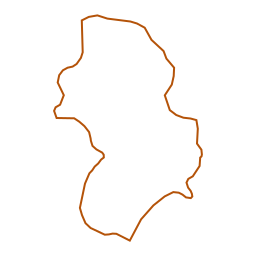 the Municipality of Trebnje, rotated 90°
{"feature_id": "SVN-999", "entity_name": "Trebnje", "entity_type": "Municipality", "adm_level": 1, "iso_a3": "SVN", "parent_name": "Slovenia", "parent_adm1": "", "projection": "orthographic", "projection_center": [15.067, 45.922], "detail": "fine", "context": "isolated", "style": "outline", "palette": "amber", "viewbox_px": 256, "rotation_deg": 90, "n_neighbors": 0, "source": "natural_earth", "source_scale": "10m", "svg_char_len": 1083}
<svg xmlns="http://www.w3.org/2000/svg" viewBox="0 0 256 256"><g transform="rotate(90 128 128)"><path d="M183.6,171.0L173.3,166.6L170.4,163.8L166.6,161.3L163.5,157.8L159.6,154.9L157.5,152.2L154.7,152.3L152.6,153.8L149.4,159.6L145.9,163.5L140.8,165.1L138.4,165.4L132.1,166.9L126.1,171.6L121.7,176.7L118.3,181.8L118.0,199.4L110.9,201.9L107.3,200.4L104.7,195.9L95.2,192.2L82.5,198.3L75.2,196.8L70.3,193.1L67.7,188.4L66.6,183.4L64.0,179.4L57.9,175.1L52.3,173.3L20.4,174.2L16.9,167.2L15.4,158.6L18.6,148.6L21.5,125.6L23.5,119.0L27.7,111.3L39.9,104.5L51.1,92.4L58.6,89.6L67.7,81.9L76.1,82.3L84.6,84.2L95.3,91.2L110.1,86.2L115.0,79.8L117.7,72.6L118.5,65.5L120.1,59.6L128.7,58.2L143.6,59.0L149.7,54.6L154.5,54.1L156.4,54.5L157.6,55.8L166.0,56.4L176.3,63.2L178.9,67.7L182.6,69.5L187.6,67.9L190.8,65.4L193.8,64.1L196.5,63.7L198.1,65.2L197.4,70.0L194.6,73.5L192.7,77.2L192.1,82.7L196.4,91.3L205.4,102.6L219.3,114.9L240.6,126.2L233.8,139.6L233.6,143.4L234.4,147.1L234.7,151.2L228.0,165.4L223.2,170.5L215.1,174.0L207.9,176.1L183.6,171.0Z" fill="none" stroke="#b45309" stroke-width="2"/></g></svg>